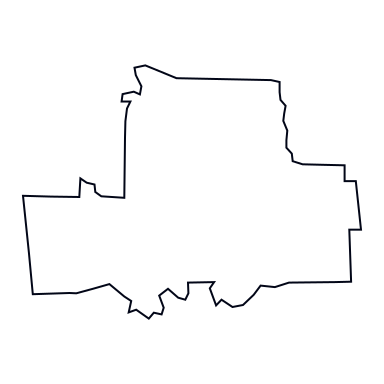 Coronel Pilar, Rio Grande do Sul, Brazil
{"feature_id": "56859067B30829214865889", "entity_name": "Coronel Pilar", "entity_type": "district", "adm_level": 2, "iso_a3": "BRA", "parent_name": "Brazil", "parent_adm1": "Rio Grande do Sul", "projection": "mercator", "projection_center": [-51.722, -29.258], "detail": "fine", "context": "isolated", "style": "outline", "palette": "ink", "viewbox_px": 384, "rotation_deg": 0, "n_neighbors": 0, "source": "geoboundaries", "source_scale": "gbopen_adm2", "svg_char_len": 991}
<svg xmlns="http://www.w3.org/2000/svg" viewBox="0 0 384 384"><path d="M351.1,281.7L349.3,229.7L361.0,229.7L355.8,181.1L344.6,181.1L344.6,165.3L322.5,164.8L302.6,164.3L292.7,161.2L291.8,153.6L286.4,147.7L286.4,140.3L287.3,130.6L283.3,120.9L284.2,113.5L285.6,105.8L280.5,99.9L279.6,92.2L279.6,82.0L271.0,80.1L176.5,78.2L145.3,65.4L134.5,67.7L135.8,75.1L141.4,86.3L139.9,94.4L133.8,91.7L122.6,94.1L121.6,101.5L130.4,101.5L127.0,108.5L125.4,121.2L125.0,137.6L124.3,197.8L101.3,196.3L95.3,192.0L94.5,184.5L86.7,182.7L80.4,178.4L79.3,197.0L51.2,196.6L23.0,195.8L28.9,252.6L32.8,294.2L69.5,293.0L76.3,293.3L92.9,288.8L109.4,284.1L124.3,296.5L131.2,301.0L128.7,312.4L136.2,309.7L148.8,318.6L153.8,312.7L161.6,314.4L163.7,307.7L159.2,295.6L168.0,288.8L178.2,297.7L185.3,299.7L188.4,293.3L188.0,282.6L214.1,282.1L209.8,288.3L216.1,305.4L221.5,299.7L232.5,307.0L243.0,305.0L253.7,294.8L260.6,285.6L274.9,287.1L289.0,282.6L334.8,282.1L351.1,281.7Z" fill="none" stroke="#020617" stroke-width="2"/></svg>